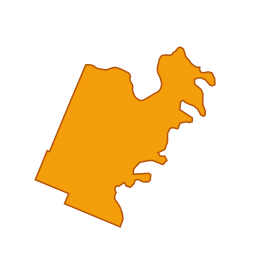 Posey, Indiana, United States of America, rotated 202°
{"feature_id": "52423323B54248074305317", "entity_name": "Posey", "entity_type": "district", "adm_level": 2, "iso_a3": "USA", "parent_name": "United States of America", "parent_adm1": "Indiana", "projection": "orthographic", "projection_center": [-87.943, 38.001], "detail": "fine", "context": "isolated", "style": "filled", "palette": "amber", "viewbox_px": 256, "rotation_deg": 202, "n_neighbors": 0, "source": "geoboundaries", "source_scale": "gbopen_adm2", "svg_char_len": 2045}
<svg xmlns="http://www.w3.org/2000/svg" viewBox="0 0 256 256"><g transform="rotate(202 128 128)"><path d="M194.5,58.7L194.6,45.3L158.4,45.0L158.5,34.0L98.2,33.4L98.3,34.1L98.5,41.7L101.3,46.7L106.5,52.3L113.8,57.3L114.9,60.5L114.9,63.8L116.9,65.7L117.6,68.0L116.8,69.9L114.5,70.8L111.1,76.1L107.7,73.5L106.2,73.8L104.0,73.8L102.9,75.2L101.7,78.5L101.8,82.4L99.9,83.8L97.6,84.1L93.9,83.6L89.1,85.6L87.9,88.2L89.4,93.2L91.9,93.7L105.7,87.1L107.4,91.9L106.0,96.1L104.0,100.7L97.0,105.4L92.9,107.1L81.9,107.2L79.8,112.6L83.3,115.7L87.6,114.0L90.9,116.3L85.8,122.0L86.2,130.0L89.3,137.8L89.1,142.2L88.0,144.2L86.6,145.1L84.2,145.5L82.9,145.5L81.4,146.2L81.6,152.0L75.7,156.0L73.8,155.7L70.9,157.8L72.1,161.5L83.5,163.7L86.8,164.3L89.0,171.8L87.2,174.4L84.7,173.3L80.0,173.0L75.3,173.2L70.1,171.4L65.2,167.3L62.2,167.2L61.4,169.0L62.4,172.2L63.1,173.0L67.7,178.2L71.4,187.8L74.6,191.1L82.5,193.6L84.7,198.1L80.2,201.7L77.7,201.9L73.7,201.5L69.2,198.9L66.0,198.4L63.7,200.8L66.2,206.4L70.8,210.5L74.5,210.1L78.9,207.4L81.7,207.0L83.7,209.4L84.2,211.2L86.5,210.3L88.4,210.1L91.8,210.9L94.3,211.9L95.6,212.7L96.2,213.4L97.5,214.1L98.4,214.3L101.0,215.9L102.5,217.3L103.0,218.4L106.3,222.0L108.8,222.6L110.1,222.3L110.8,221.9L111.4,221.1L113.3,215.9L114.2,215.2L114.6,214.3L114.5,212.9L115.3,211.9L116.9,211.0L119.7,210.1L122.3,208.8L123.7,207.8L124.4,205.8L124.7,203.6L123.4,195.4L122.6,193.0L121.1,190.4L117.0,186.7L114.1,182.9L113.5,181.8L112.9,180.0L112.5,178.3L112.6,176.5L112.9,174.7L113.4,173.5L113.9,172.7L115.4,170.8L116.9,169.3L117.1,168.9L118.8,166.4L124.3,159.4L126.5,158.3L128.4,158.1L131.3,158.8L133.3,159.7L134.8,161.0L137.1,163.4L137.9,164.7L139.3,168.5L139.8,169.4L143.6,172.5L143.9,172.9L144.9,174.7L144.9,176.5L145.1,176.9L146.1,178.0L147.5,179.0L148.5,179.3L155.9,179.9L160.1,179.8L161.5,179.6L162.9,179.3L163.8,178.8L167.3,176.0L167.9,175.3L170.8,173.4L178.0,171.8L180.2,171.9L183.4,172.8L185.2,172.6L187.6,172.1L190.8,170.7L191.5,124.9L191.9,76.7L194.4,76.8L194.5,58.7Z" fill="#f59e0b" stroke="#b45309" stroke-width="1.5"/></g></svg>